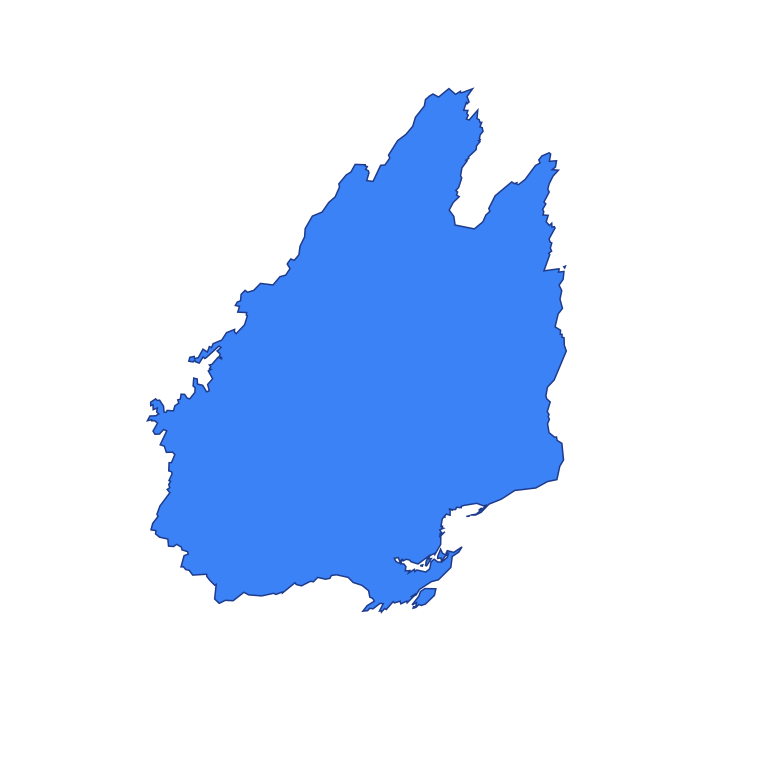 outline of Ennistimon Lea-4, Clare, Ireland, rotated 142°
{"feature_id": "5873133B68826952408481", "entity_name": "Ennistimon Lea-4", "entity_type": "district", "adm_level": 2, "iso_a3": "IRL", "parent_name": "Ireland", "parent_adm1": "Clare", "projection": "natural_earth1", "projection_center": [-9.187, 53.0], "detail": "fine", "context": "isolated", "style": "filled", "palette": "blue", "viewbox_px": 768, "rotation_deg": 142, "n_neighbors": 0, "source": "geoboundaries", "source_scale": "gbopen_adm2", "svg_char_len": 6154}
<svg xmlns="http://www.w3.org/2000/svg" viewBox="0 0 768 768"><g transform="rotate(142 384 384)"><path d="M540.5,218.0L536.4,215.5L533.3,216.0L531.1,213.6L522.3,213.6L519.8,211.4L527.3,207.9L525.8,207.0L526.5,205.8L521.8,206.7L521.1,204.9L510.7,206.9L510.6,205.1L505.0,202.9L506.1,200.4L499.7,198.9L500.5,197.3L492.8,198.2L493.3,199.6L488.1,199.2L488.1,198.2L482.5,200.3L468.4,199.1L461.6,196.2L444.3,198.3L436.4,206.1L428.7,205.5L422.8,207.6L432.7,208.4L436.7,213.7L439.0,212.6L437.9,211.5L439.3,211.7L439.8,210.3L438.7,210.0L441.0,208.4L448.3,208.2L451.3,210.8L452.3,215.1L456.4,214.9L461.7,210.2L466.8,210.1L472.6,217.2L475.2,217.2L474.1,219.2L481.0,220.0L478.5,221.1L482.3,223.6L479.2,226.5L479.1,229.9L481.4,231.9L479.5,233.3L482.4,233.5L483.9,236.7L483.2,240.3L479.6,238.5L480.7,234.7L477.3,234.5L477.6,232.8L474.4,232.2L472.2,229.5L472.1,227.2L468.0,221.2L455.0,220.9L459.9,218.3L463.0,215.4L462.4,214.5L454.2,217.3L456.6,218.8L453.4,220.5L448.4,219.4L448.9,218.3L438.1,222.7L432.7,229.4L427.0,230.1L433.7,229.7L431.7,231.7L430.1,230.8L429.9,234.8L425.9,233.7L426.8,235.1L425.5,235.9L426.7,236.8L421.2,241.8L418.6,242.3L417.6,240.9L418.5,242.3L415.0,243.1L412.7,239.9L409.4,244.1L409.7,245.8L407.6,243.0L408.6,242.1L407.5,242.9L404.8,241.0L402.8,242.2L399.3,239.0L398.5,240.1L395.5,239.0L384.4,232.9L380.5,226.6L377.2,225.3L391.5,224.6L396.3,227.4L392.6,224.4L386.4,223.1L375.3,224.7L362.2,221.0L346.5,219.6L328.4,208.6L315.3,206.5L306.6,202.2L296.1,211.0L289.3,213.6L280.4,227.7L282.3,233.0L280.7,236.0L282.3,237.0L283.9,244.0L279.6,252.0L275.4,254.4L274.7,257.2L272.7,258.4L272.4,261.7L264.1,267.5L264.9,272.3L263.5,275.2L257.1,280.9L247.4,282.4L220.0,297.8L218.2,303.3L213.6,309.7L215.0,311.2L213.1,313.5L214.5,314.6L211.8,317.7L214.0,323.7L203.6,332.0L196.8,333.7L193.1,342.5L186.5,348.1L185.2,354.1L178.4,356.2L172.9,361.9L177.6,364.7L175.1,366.8L175.9,367.5L188.3,374.7L173.7,383.9L173.8,385.6L170.1,385.5L169.3,388.7L164.9,391.9L165.7,393.6L164.6,396.7L153.2,401.6L152.9,403.1L155.1,404.1L152.9,407.4L156.1,407.1L156.3,412.0L150.8,415.8L154.7,419.3L152.1,421.3L151.4,424.0L145.6,426.3L145.9,428.9L135.6,433.6L135.0,436.7L130.7,440.0L123.0,443.7L114.9,445.1L119.6,449.4L115.3,449.4L110.6,453.7L116.6,457.7L111.1,462.6L111.5,464.5L119.2,466.5L124.0,465.3L125.0,462.1L130.2,462.9L146.9,458.3L155.3,458.3L156.5,460.3L155.5,460.8L158.0,461.7L158.9,464.6L180.5,463.9L193.4,457.8L194.2,454.9L199.8,454.4L206.2,450.9L217.3,450.6L230.1,465.5L225.8,473.1L225.6,480.9L217.5,484.5L209.4,485.3L210.5,488.2L207.8,490.0L208.3,492.3L204.2,492.9L195.9,498.5L195.5,500.9L189.6,506.3L181.1,508.7L181.7,510.0L178.2,509.6L177.7,511.0L167.1,512.0L164.4,514.7L159.1,515.9L159.6,517.5L157.7,517.2L157.6,518.8L154.7,521.2L150.4,522.1L148.8,525.6L150.1,527.5L145.9,530.0L147.3,531.0L146.3,533.8L147.3,535.9L141.5,542.1L154.5,539.6L155.9,542.1L151.5,544.3L152.5,544.1L152.1,546.3L149.5,547.9L152.7,550.6L145.8,555.2L145.9,553.7L143.3,553.9L141.6,559.4L132.5,562.1L143.0,565.5L144.4,566.5L143.6,567.6L149.3,568.2L151.0,576.8L164.3,576.5L166.9,582.4L170.6,582.9L176.2,582.6L181.1,578.2L195.0,574.8L202.7,569.4L213.0,567.2L223.4,567.4L239.5,561.6L240.3,558.5L248.4,556.0L252.0,558.4L267.9,550.4L272.4,554.9L265.8,559.7L265.1,561.7L266.3,564.4L263.3,565.6L264.6,567.4L263.8,568.3L271.5,574.8L279.6,571.4L285.0,572.0L296.4,569.5L297.8,566.6L307.3,561.5L315.6,561.1L326.9,557.6L337.1,560.4L350.4,555.0L356.0,548.8L365.3,544.3L371.5,538.2L378.6,536.7L380.4,539.9L385.3,538.6L386.4,538.1L387.0,532.8L394.4,530.3L399.9,532.6L410.5,530.4L419.4,539.3L429.1,538.0L435.0,540.3L435.8,543.3L441.4,542.6L445.8,537.9L449.1,538.9L452.8,537.4L450.1,534.1L455.0,530.7L448.2,524.8L450.1,523.1L449.7,521.8L457.4,516.5L469.5,514.7L469.8,517.0L468.1,519.0L476.5,521.4L484.8,518.5L493.8,521.0L497.4,518.9L498.6,521.0L503.5,517.9L505.2,522.9L514.1,519.1L517.5,520.5L516.6,522.6L520.6,524.6L523.8,522.1L520.8,518.9L518.5,519.2L518.9,517.6L516.7,514.2L509.9,516.7L509.5,514.4L508.1,514.2L490.7,515.5L489.9,513.1L495.2,512.8L494.7,508.3L496.9,507.1L495.7,504.8L496.5,503.8L498.3,507.2L507.6,505.4L509.9,506.5L509.9,504.2L512.2,503.4L511.3,502.0L514.4,502.5L515.8,493.7L523.3,492.2L525.8,486.3L528.6,487.0L527.7,494.6L531.0,498.8L528.1,503.0L530.3,505.8L535.7,499.9L535.0,497.5L538.2,493.8L546.3,491.9L547.8,494.1L547.5,498.6L550.2,500.9L553.9,497.4L556.3,498.5L557.5,495.3L562.2,495.6L566.4,492.5L571.2,496.7L573.3,495.8L574.6,497.3L571.4,502.2L570.8,509.4L572.9,510.8L573.1,512.9L579.1,513.3L581.2,510.5L578.8,509.9L581.7,505.9L577.4,504.6L580.4,501.9L579.9,499.1L583.5,499.5L588.2,502.9L593.0,500.7L589.1,498.9L589.7,497.9L587.3,496.3L586.5,492.6L595.0,489.1L595.4,485.4L591.7,482.8L585.7,483.8L584.1,480.8L597.8,473.9L595.4,470.4L597.6,464.1L592.6,460.5L592.2,457.2L599.9,452.9L601.8,454.3L607.1,448.1L605.5,445.7L606.3,443.7L612.9,440.3L612.0,438.8L615.6,437.3L616.6,434.2L619.8,434.4L619.6,430.2L635.7,425.8L643.2,421.1L643.5,418.8L652.0,416.6L657.4,412.5L654.0,408.9L656.3,406.5L655.2,401.5L649.8,394.9L653.6,388.9L649.9,385.5L646.1,385.3L644.1,380.3L645.3,377.6L642.0,372.9L643.0,370.5L647.2,371.8L656.5,364.9L654.6,363.4L654.5,359.8L652.2,357.2L652.4,351.2L640.9,343.3L642.1,341.4L642.1,336.2L641.3,329.7L639.6,329.4L649.8,318.9L648.9,312.6L642.2,311.2L636.3,306.1L622.6,306.1L620.5,301.2L610.8,292.3L599.8,287.0L598.7,284.7L592.4,282.8L592.9,281.8L576.5,282.2L576.6,280.0L573.3,275.8L563.4,273.8L561.4,271.6L555.3,272.4L550.3,266.2L546.3,264.2L543.3,265.5L538.9,262.9L531.3,253.7L530.5,246.6L525.3,238.9L523.4,230.6L526.4,224.8L524.9,222.0L525.3,218.8L533.8,219.7L540.5,218.0ZM499.1,189.4L496.5,188.3L492.3,188.7L490.9,186.5L486.8,185.1L474.4,186.4L469.2,190.7L477.7,197.6L482.9,198.0L487.3,195.3L497.9,192.7L492.9,191.6L496.3,188.8L497.8,190.4L499.1,189.4ZM449.1,213.5L446.2,211.9L447.8,209.1L440.5,211.0L442.1,214.7L441.1,219.0L447.8,215.1L449.1,213.5ZM385.4,225.7L383.3,226.3L387.2,226.2L385.4,225.7ZM170.2,364.2L168.5,365.2L170.2,365.7L170.2,364.2ZM464.8,217.6L466.6,218.4L467.0,218.1L466.0,216.8L464.8,217.6ZM491.3,198.5L489.6,198.2L488.9,198.5L489.9,199.0L491.3,198.5ZM400.7,228.9L398.3,227.4L397.8,227.6L400.7,228.9Z" fill="#3b82f6" stroke="#1e3a8a" stroke-width="1.5"/></g></svg>